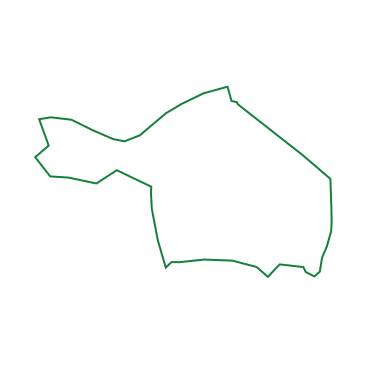 Mangalmé, Guéra, Chad, rotated 69°
{"feature_id": "50815135B54463089232866", "entity_name": "Mangalmé", "entity_type": "district", "adm_level": 2, "iso_a3": "TCD", "parent_name": "Chad", "parent_adm1": "Guéra", "projection": "albers", "projection_center": [19.561, 12.316], "detail": "fine", "context": "isolated", "style": "outline", "palette": "green", "viewbox_px": 384, "rotation_deg": 69, "n_neighbors": 0, "source": "geoboundaries", "source_scale": "gbopen_adm2", "svg_char_len": 798}
<svg xmlns="http://www.w3.org/2000/svg" viewBox="0 0 384 384"><g transform="rotate(69 192 192)"><path d="M106.4,121.1L104.0,145.8L106.0,169.8L109.1,188.0L114.2,202.7L120.4,220.4L120.5,236.8L114.3,246.7L98.5,262.8L81.3,278.7L71.7,297.0L69.3,308.6L97.3,309.2L103.3,325.9L126.6,318.8L134.2,302.3L149.8,278.2L144.7,254.4L172.5,228.1L178.2,230.7L193.5,235.6L224.8,241.2L253.2,243.6L250.1,236.3L250.1,236.2L253.0,229.0L259.4,205.0L270.5,179.0L285.2,158.5L298.4,151.6L291.0,136.1L302.0,114.9L307.4,114.5L314.7,108.0L314.7,107.9L312.1,101.2L299.9,94.1L291.5,85.9L278.3,76.0L268.8,71.9L253.7,66.5L249.9,65.2L229.6,58.2L229.4,58.1L212.3,67.3L197.4,75.4L153.4,101.7L126.7,117.7L125.6,117.8L124.2,117.9L122.7,120.2L121.2,122.5L106.5,121.1L106.4,121.1Z" fill="none" stroke="#15803d" stroke-width="2"/></g></svg>